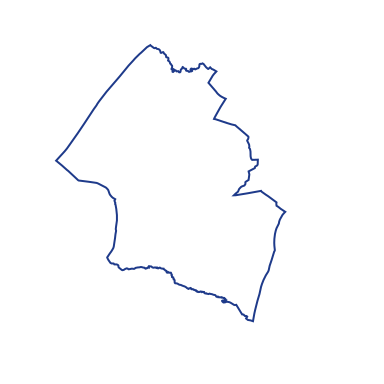 outline of Ham Tan, Bình Thuận, Vietnam, rotated 311°
{"feature_id": "81297802B21171501026834", "entity_name": "Ham Tan", "entity_type": "district", "adm_level": 2, "iso_a3": "VNM", "parent_name": "Vietnam", "parent_adm1": "Bình Thuận", "projection": "mercator", "projection_center": [107.623, 10.744], "detail": "fine", "context": "isolated", "style": "outline", "palette": "blue", "viewbox_px": 384, "rotation_deg": 311, "n_neighbors": 0, "source": "geoboundaries", "source_scale": "gbopen_adm2", "svg_char_len": 6048}
<svg xmlns="http://www.w3.org/2000/svg" viewBox="0 0 384 384"><g transform="rotate(311 192 192)"><path d="M275.5,64.2L271.8,63.0L263.8,62.2L261.9,61.9L255.5,61.4L252.7,61.4L245.8,61.2L232.1,61.6L211.6,61.7L199.5,62.4L196.6,62.7L194.6,63.1L190.1,63.5L173.0,65.8L161.6,67.2L142.8,69.1L139.4,69.2L126.5,68.9L126.7,76.5L126.6,83.3L126.7,84.8L126.2,98.3L126.3,98.9L132.2,107.7L136.3,114.1L136.8,115.5L137.7,119.2L138.7,123.3L138.9,124.4L138.7,126.6L138.5,127.5L136.5,131.0L136.1,132.1L135.7,134.5L135.7,136.1L136.2,138.8L135.3,139.1L134.7,139.1L134.5,139.3L133.8,140.5L133.4,141.4L132.5,141.8L132.2,142.7L129.5,146.0L125.3,150.5L121.3,154.0L116.2,157.3L114.0,158.8L112.9,160.2L110.0,161.9L106.8,164.1L99.4,168.8L98.0,169.4L96.5,169.7L94.2,170.1L91.7,170.3L87.0,170.9L86.5,171.8L85.8,173.7L85.0,176.9L85.3,178.2L86.3,179.3L86.6,179.8L86.4,180.9L87.5,182.1L88.0,182.8L88.3,184.1L88.2,184.7L87.2,185.7L87.0,186.3L87.1,190.0L87.3,190.7L87.9,191.2L88.5,191.6L90.2,192.1L91.5,192.8L92.0,193.7L92.0,194.7L92.2,195.0L94.7,196.9L95.9,198.6L96.3,198.9L97.7,199.2L99.4,200.5L100.6,201.7L101.8,202.6L102.2,203.1L103.1,205.0L103.6,205.7L103.6,206.9L103.8,207.4L104.5,207.4L104.9,208.0L105.3,208.2L106.4,208.3L106.6,209.1L106.8,209.0L107.1,208.2L107.7,208.1L107.9,208.3L108.2,208.9L108.7,209.6L109.1,210.2L109.1,211.6L109.6,212.6L109.9,212.9L110.5,213.3L110.8,213.6L111.3,214.3L111.2,214.8L111.3,215.0L111.9,215.0L112.1,215.1L112.2,215.7L112.0,216.3L112.1,216.5L112.5,216.8L113.4,217.0L113.7,217.2L113.9,217.5L113.9,218.2L114.2,219.1L114.6,219.6L114.9,220.2L115.5,220.9L115.2,221.3L115.4,222.3L115.3,223.6L115.7,224.4L114.9,225.4L114.8,225.6L115.3,225.9L115.1,226.4L115.2,226.7L116.0,226.8L116.0,227.4L116.4,227.9L116.5,228.3L117.2,228.9L117.2,229.2L116.6,230.3L116.2,230.7L116.2,231.2L115.7,231.3L115.5,231.9L114.7,232.7L114.8,233.2L115.1,233.4L115.2,233.7L114.9,233.9L114.8,234.7L114.2,235.2L114.0,235.5L114.3,236.0L114.2,236.3L113.8,237.0L112.9,237.7L112.2,238.5L112.1,239.1L112.4,239.6L113.1,240.6L113.4,241.4L113.5,242.2L113.7,243.2L114.6,244.7L114.7,245.4L115.0,246.0L115.3,247.1L115.9,248.3L116.3,250.4L116.2,251.0L116.5,252.9L116.6,253.0L117.3,253.0L117.8,253.5L118.5,253.7L118.7,254.1L118.7,254.4L118.3,255.0L118.3,255.3L118.4,255.6L119.0,256.0L119.1,256.5L119.4,256.8L119.3,257.2L119.3,257.4L119.6,257.6L119.7,258.4L120.0,258.7L120.0,259.1L120.4,259.4L120.4,259.7L120.0,260.1L120.0,260.4L120.5,261.0L120.2,261.6L120.7,262.0L120.9,262.7L121.3,262.9L121.5,263.3L121.9,263.5L122.4,263.6L122.6,264.2L123.0,264.5L122.9,265.1L123.6,265.4L123.9,266.3L124.4,266.5L124.5,266.7L124.4,266.9L124.0,267.1L124.1,268.6L124.9,269.2L125.0,270.1L125.4,270.6L125.9,271.5L126.8,271.9L127.3,273.0L128.0,274.1L128.5,275.6L129.3,276.9L129.4,277.3L129.4,277.7L129.2,278.3L129.0,279.1L129.1,279.4L130.1,280.1L130.1,280.3L129.7,280.6L129.7,280.8L130.4,281.3L130.6,281.9L131.2,282.7L131.8,283.0L131.8,283.8L132.4,284.2L132.6,285.4L133.2,285.9L133.1,286.6L133.2,287.2L133.1,287.5L132.7,287.7L132.8,288.5L132.4,288.4L131.6,288.3L131.6,288.1L131.7,287.8L131.7,287.5L130.8,287.2L130.5,286.5L129.7,286.1L129.3,286.5L129.2,287.9L129.3,288.3L129.8,288.8L130.5,289.4L132.0,290.2L133.1,292.0L133.5,292.8L133.8,294.1L134.2,296.5L134.3,297.5L134.8,298.6L135.9,299.4L132.5,310.1L132.9,310.5L133.0,310.9L133.3,311.3L133.2,311.8L133.3,312.4L133.1,313.1L133.5,313.9L133.9,314.1L134.2,314.7L134.1,315.5L132.4,315.7L132.0,315.8L132.1,318.1L133.5,320.4L134.5,322.8L141.0,318.9L144.3,317.1L152.8,312.8L159.2,309.9L165.8,306.3L168.6,305.1L172.5,303.7L177.5,302.4L181.9,301.7L183.3,301.2L187.3,299.0L192.9,296.7L201.0,293.1L201.8,293.0L202.4,292.7L202.9,292.2L205.4,289.5L207.6,287.4L210.7,284.9L214.7,282.2L217.9,280.5L220.0,279.6L225.0,278.3L225.8,277.9L226.5,277.4L227.6,276.9L228.9,276.4L234.1,275.3L236.6,275.3L238.2,275.4L237.5,270.0L237.4,267.0L237.1,264.8L238.5,263.3L239.6,262.6L238.8,252.3L238.4,249.4L237.9,244.2L238.2,243.4L227.6,234.9L218.1,227.0L217.0,225.8L219.5,226.0L222.5,226.5L224.8,225.7L225.5,225.6L228.0,225.7L228.9,226.0L231.1,227.2L231.4,227.3L232.9,227.1L233.5,226.7L234.3,225.9L234.7,225.8L235.2,225.9L238.2,226.8L242.8,223.8L243.6,222.8L244.3,221.7L244.7,221.2L251.2,223.7L252.6,223.0L254.6,223.7L255.2,223.7L256.0,223.4L259.6,220.5L255.7,216.3L255.9,215.0L256.3,214.2L257.4,212.8L260.8,209.7L261.7,208.6L262.4,207.7L262.6,207.3L262.7,206.5L262.9,206.0L264.0,205.4L265.3,203.9L266.9,200.0L267.2,199.8L268.7,199.6L269.8,199.1L270.6,198.5L270.8,198.1L270.8,191.6L270.7,182.2L270.8,181.0L268.9,177.4L266.9,172.9L262.4,162.1L261.6,160.7L262.5,160.4L265.1,159.8L271.3,158.5L275.2,157.7L284.5,156.3L283.9,154.4L283.3,151.9L283.0,149.8L283.0,147.6L283.1,146.3L283.6,144.0L285.2,132.8L293.5,131.3L295.6,131.2L297.8,131.3L299.0,131.3L298.4,127.9L297.8,126.1L298.0,123.9L295.6,123.6L295.4,123.3L295.4,120.9L296.2,116.6L295.9,115.5L295.1,115.3L294.2,114.2L293.9,114.0L293.5,113.9L292.7,114.2L291.9,114.9L291.4,115.2L290.5,115.5L289.6,115.5L288.4,114.7L286.8,114.1L286.6,113.8L286.6,113.0L286.4,112.7L285.9,112.6L285.5,112.3L284.9,110.7L284.5,110.4L284.0,110.4L283.5,110.5L283.2,110.7L283.0,111.0L282.9,111.4L283.2,111.8L283.6,112.0L283.8,112.2L283.8,112.4L283.4,112.7L282.5,112.3L282.1,111.8L280.8,111.0L280.6,110.5L280.7,109.7L280.6,109.3L279.8,108.2L279.8,107.9L280.0,107.5L281.0,106.8L281.0,106.5L280.5,106.0L280.2,105.3L280.2,104.4L280.3,103.4L280.2,103.0L279.8,103.0L278.5,103.5L277.6,103.3L277.0,103.3L275.2,104.4L274.6,104.4L274.3,104.3L273.9,103.6L274.2,102.4L272.9,101.2L273.1,99.9L273.0,99.6L272.7,99.4L272.0,99.2L270.2,99.0L270.1,98.9L270.0,98.4L270.3,98.1L272.6,97.7L272.6,97.4L271.2,96.2L271.3,95.9L271.8,95.6L272.9,95.3L274.0,94.4L274.3,94.0L274.3,93.2L274.7,92.4L274.6,91.3L275.4,90.1L275.7,89.1L275.5,88.0L275.5,87.7L276.9,87.0L277.6,86.2L277.6,85.7L277.4,85.1L276.9,84.3L276.9,84.0L278.1,82.6L278.2,82.3L278.2,80.0L278.7,78.8L278.7,78.5L278.5,78.3L276.8,77.5L276.6,77.2L276.6,76.9L277.6,75.4L277.9,74.8L278.0,73.5L277.8,72.9L277.0,71.5L277.0,70.9L277.1,70.4L277.1,70.1L276.0,69.4L275.7,68.8L275.4,64.6L275.5,64.2Z" fill="none" stroke="#1e3a8a" stroke-width="2"/></g></svg>